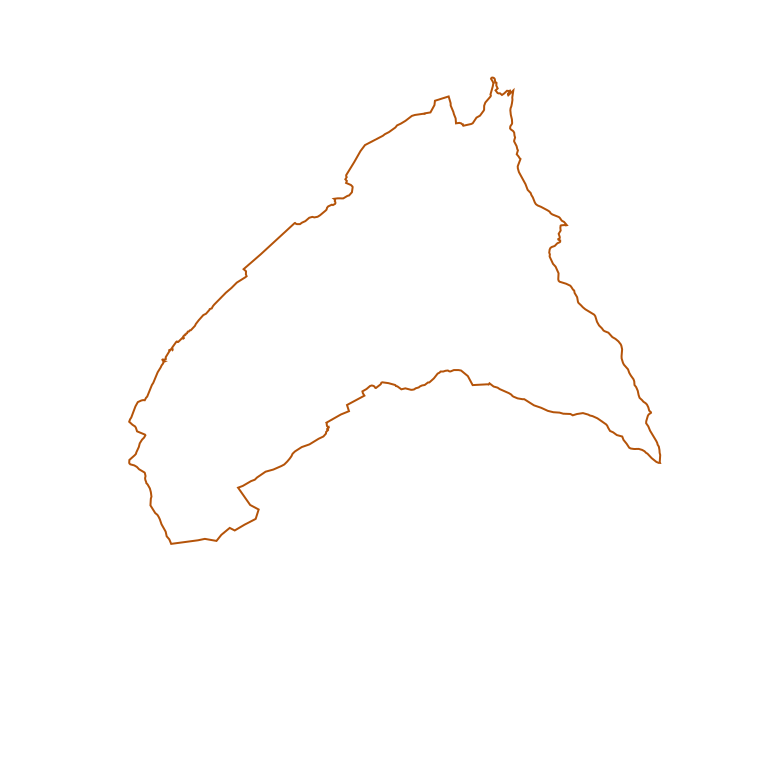 Gradistea, Vâlcea, Romania (Equal Earth projection), rotated 148°
{"feature_id": "2599482B19326472109269", "entity_name": "Gradistea", "entity_type": "district", "adm_level": 2, "iso_a3": "ROU", "parent_name": "Romania", "parent_adm1": "Vâlcea", "projection": "equal_earth", "projection_center": [23.805, 44.907], "detail": "fine", "context": "isolated", "style": "outline", "palette": "amber", "viewbox_px": 768, "rotation_deg": 148, "n_neighbors": 0, "source": "geoboundaries", "source_scale": "gbopen_adm2", "svg_char_len": 6166}
<svg xmlns="http://www.w3.org/2000/svg" viewBox="0 0 768 768"><g transform="rotate(148 384 384)"><path d="M206.2,592.0L206.5,591.6L207.8,592.5L215.3,595.8L218.3,596.6L226.4,595.8L231.8,595.9L235.9,596.4L238.4,595.5L246.4,595.0L250.9,595.4L253.4,595.1L273.5,596.7L280.5,594.0L291.8,587.9L305.3,581.2L305.9,580.4L306.0,579.2L308.3,578.1L307.9,575.9L309.6,574.6L306.6,570.3L306.1,568.1L306.4,567.4L309.6,563.6L313.7,562.4L315.3,562.9L320.2,563.0L324.9,566.0L328.2,567.5L327.9,566.7L328.1,565.8L328.8,565.3L328.9,564.0L329.3,563.2L330.0,562.7L332.5,562.8L333.2,563.7L337.2,564.2L338.8,563.7L340.4,562.3L341.6,562.0L348.8,561.0L351.7,561.0L354.8,562.2L356.2,563.7L359.3,564.6L364.4,563.8L368.1,564.3L370.5,564.1L373.0,565.6L373.8,566.6L374.1,567.7L374.5,567.8L419.9,559.3L442.2,555.8L441.3,552.7L443.0,550.2L443.4,548.2L445.1,548.0L455.1,548.0L462.4,546.3L469.8,545.2L486.0,541.3L488.0,540.6L490.0,539.4L492.1,539.9L492.7,539.4L497.7,537.9L500.7,538.2L507.2,536.3L511.8,534.6L513.5,533.5L518.8,532.1L519.5,532.0L520.3,532.4L521.7,531.9L522.7,532.4L524.1,531.4L524.9,531.6L526.2,531.0L526.5,531.3L527.1,530.9L527.6,531.1L529.1,530.7L529.4,529.0L530.3,528.9L530.8,529.9L536.2,528.7L536.8,529.0L537.1,529.8L537.9,529.8L544.2,527.2L545.1,525.0L545.3,524.9L545.5,526.6L547.5,525.9L547.8,526.5L548.3,526.5L548.7,525.5L554.9,522.4L555.8,520.8L557.4,521.1L558.8,522.1L559.1,522.0L559.1,521.2L558.3,520.7L558.7,520.1L557.9,519.3L559.5,519.5L560.4,518.5L562.8,517.6L564.6,516.4L569.7,513.9L579.1,507.2L581.3,506.2L591.5,498.8L593.1,498.4L595.5,497.0L596.8,498.0L598.5,498.6L602.4,499.1L606.7,496.7L616.1,489.5L618.1,488.6L620.1,487.0L618.9,482.7L617.6,479.9L617.6,478.4L618.5,474.7L613.5,467.7L613.5,467.0L615.8,465.7L618.7,465.0L622.6,463.1L625.3,460.5L630.5,457.1L631.2,456.3L633.1,455.7L640.2,454.5L641.7,452.4L642.0,451.6L641.7,450.3L638.9,447.3L637.5,444.6L636.9,441.5L634.0,435.9L634.0,435.2L635.0,432.3L636.5,430.8L637.2,429.2L637.7,426.7L638.1,425.8L637.7,424.2L637.9,419.5L639.0,415.9L640.9,411.7L642.5,410.3L646.4,404.8L646.4,395.8L645.5,393.1L645.5,391.0L645.8,388.1L647.0,383.0L647.4,374.5L649.0,370.0L648.4,366.1L649.2,361.2L624.5,350.0L618.0,347.6L609.2,339.7L601.8,342.3L591.1,343.7L588.2,338.9L576.8,338.6L564.3,337.6L556.8,344.0L561.6,352.3L562.7,373.4L557.8,372.4L548.2,372.1L544.3,371.3L541.2,372.0L530.9,372.4L523.2,370.1L514.4,368.8L511.2,368.6L507.2,369.5L503.5,370.7L500.8,371.8L498.5,373.3L495.2,374.0L487.2,374.1L479.2,372.3L468.4,372.2L463.2,371.6L459.5,372.7L458.5,374.0L455.8,374.6L455.6,375.0L455.7,375.6L456.1,375.8L455.9,376.1L453.9,376.3L453.7,376.9L454.5,377.0L454.2,377.7L454.6,378.4L454.1,379.9L453.5,380.7L453.4,381.7L436.7,381.0L428.1,379.5L426.5,385.8L406.8,384.5L406.8,387.4L406.2,389.2L401.5,389.0L396.9,389.7L395.1,389.2L393.9,387.9L393.5,387.0L393.4,385.3L393.0,384.9L387.0,385.5L385.5,386.5L384.5,386.3L379.8,382.4L375.2,377.4L374.9,376.8L375.0,376.0L373.9,374.9L372.1,370.3L368.2,369.0L364.1,364.7L362.6,363.9L361.0,363.4L359.6,363.6L356.4,362.7L354.8,362.9L352.5,362.6L350.0,361.6L345.9,362.0L344.7,361.3L338.8,362.3L333.0,364.4L330.9,364.2L329.4,364.6L327.2,363.2L324.8,362.6L322.7,361.6L321.9,360.1L320.9,359.4L317.4,358.8L313.4,356.3L311.5,354.6L308.7,346.3L309.4,336.1L296.4,328.9L295.6,328.1L294.2,328.7L292.4,323.8L289.6,320.7L288.6,318.4L282.9,310.0L281.7,307.6L281.4,305.7L280.8,304.5L278.3,301.0L274.7,297.8L273.1,296.8L268.1,286.4L263.3,280.5L259.3,274.4L255.3,270.3L250.3,266.7L247.7,263.8L241.8,259.8L240.5,257.4L236.3,256.3L230.7,253.9L227.0,249.8L226.1,248.2L224.2,246.3L221.2,241.8L217.0,232.0L216.8,230.3L217.1,228.2L217.2,224.4L215.3,221.6L213.6,217.3L209.8,213.2L210.5,209.7L209.9,204.8L209.8,200.0L208.9,198.5L206.3,196.3L202.4,194.0L200.0,191.3L198.7,188.9L198.2,186.6L197.5,185.4L196.3,179.3L194.3,173.6L192.9,171.6L191.7,170.8L191.5,171.7L187.4,177.4L186.7,179.6L185.4,182.0L184.1,185.3L184.1,187.5L183.5,189.4L183.3,191.5L183.1,203.4L182.3,208.1L182.5,211.8L181.3,213.5L177.1,217.2L175.7,217.9L172.8,218.1L172.6,218.6L173.2,220.9L172.2,224.2L171.9,227.2L172.3,229.1L173.4,231.5L173.7,233.6L174.6,236.8L173.9,239.8L172.4,243.8L171.8,247.8L172.1,250.4L170.4,253.6L169.9,255.8L170.2,260.3L170.1,263.5L169.3,267.1L170.3,273.3L170.1,275.4L168.9,279.8L167.8,281.7L163.7,287.2L162.5,290.5L162.2,292.1L162.6,295.9L163.8,299.6L165.5,302.8L166.5,308.6L168.8,311.7L169.5,313.0L169.7,315.8L170.6,319.7L170.4,323.9L168.9,329.5L169.0,331.4L173.7,340.7L174.7,343.7L175.2,346.3L176.1,349.7L176.0,350.8L174.2,355.3L174.1,360.2L173.2,362.5L173.7,363.9L173.7,366.6L173.9,368.6L176.4,372.5L180.9,377.7L181.2,379.0L180.7,380.5L177.3,385.4L176.3,392.6L177.0,396.3L176.1,403.6L175.9,404.5L174.6,406.1L174.3,407.8L172.2,410.3L170.7,411.2L169.2,411.3L166.1,410.6L162.4,411.5L159.9,411.1L159.2,411.3L158.5,412.4L159.6,413.9L159.5,414.5L158.0,414.5L157.5,414.8L157.0,415.7L156.3,418.8L152.9,420.5L151.7,423.0L150.3,424.7L149.7,424.7L146.6,423.1L145.8,422.2L144.8,421.8L145.4,426.0L146.7,428.3L146.9,431.9L147.3,433.0L151.4,438.6L152.2,440.5L152.2,442.3L153.2,444.5L157.0,451.1L159.1,454.0L159.9,456.0L159.9,458.0L158.9,463.4L158.9,466.0L158.4,468.3L159.3,472.5L158.1,478.5L157.3,492.2L156.2,496.0L155.2,497.8L149.0,502.5L149.3,503.5L149.3,505.7L149.7,508.5L146.6,511.2L146.5,512.5L145.5,515.5L145.1,520.7L144.6,521.5L142.2,523.6L141.7,525.5L140.4,528.2L140.4,529.9L141.6,532.9L141.6,534.0L140.3,535.6L137.8,536.7L137.1,537.3L135.3,540.6L133.8,545.1L131.8,549.2L130.5,550.8L128.9,552.0L126.7,554.3L124.5,556.9L123.4,559.0L118.8,564.4L125.6,563.0L125.5,563.8L125.0,564.5L122.1,565.2L121.7,566.0L123.0,566.4L124.3,567.5L128.2,566.7L130.8,566.6L131.6,569.0L132.9,569.8L133.5,570.6L133.8,573.9L131.0,574.4L130.6,577.6L129.0,579.8L129.1,580.2L129.9,580.7L128.5,583.8L128.5,584.9L129.3,586.2L130.5,586.7L131.5,586.1L131.5,582.9L131.9,581.1L134.1,578.7L140.3,573.1L140.4,572.2L141.2,571.4L148.9,569.0L151.6,566.9L153.8,563.5L154.6,563.0L160.4,560.7L164.4,560.9L170.6,558.1L172.3,558.3L179.9,561.0L180.0,561.5L179.5,562.4L180.2,563.1L180.4,564.1L181.7,565.5L184.8,566.9L182.5,571.3L181.7,575.8L181.0,578.0L179.9,584.8L178.7,586.8L176.8,593.6L190.7,597.2L193.4,593.8L200.7,589.7L206.2,592.0Z" fill="none" stroke="#b45309" stroke-width="2"/></g></svg>